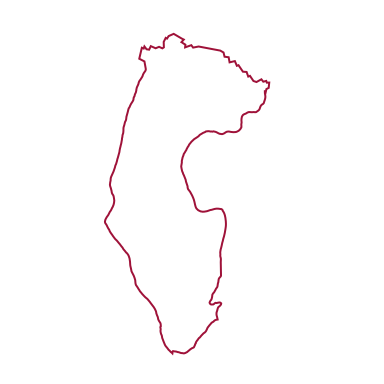 outline of IX-2 Rewa(Illiwa)/U.E, Upper Takutu-Upper Essequibo, Guyana, rotated 173°
{"feature_id": "73187651B68809145182680", "entity_name": "IX-2 Rewa(Illiwa)/U.E", "entity_type": "district", "adm_level": 2, "iso_a3": "GUY", "parent_name": "Guyana", "parent_adm1": "Upper Takutu-Upper Essequibo", "projection": "orthographic", "projection_center": [-58.667, 2.726], "detail": "fine", "context": "isolated", "style": "outline", "palette": "rose", "viewbox_px": 384, "rotation_deg": 173, "n_neighbors": 0, "source": "geoboundaries", "source_scale": "gbopen_adm2", "svg_char_len": 6013}
<svg xmlns="http://www.w3.org/2000/svg" viewBox="0 0 384 384"><g transform="rotate(173 192 192)"><path d="M182.1,62.3L182.3,64.6L182.6,66.6L182.6,67.6L182.4,69.1L181.9,70.3L181.4,71.3L181.1,72.2L180.4,73.8L179.7,74.7L178.9,75.1L178.2,75.6L177.5,76.2L176.9,76.9L176.6,77.9L177.3,78.7L178.1,79.0L179.2,79.0L180.2,78.9L181.2,78.8L182.1,79.1L183.0,78.8L183.8,78.2L184.7,77.8L186.7,78.0L187.4,78.5L187.9,79.3L188.0,80.2L187.5,81.1L186.8,82.0L186.0,82.7L185.5,83.6L184.8,85.5L184.6,86.4L184.3,87.6L183.8,88.3L183.2,89.0L182.4,89.6L180.5,92.2L180.0,93.0L178.6,94.5L178.2,95.3L177.4,98.2L176.9,99.2L176.4,101.3L176.0,102.5L175.4,103.3L173.8,104.7L173.4,105.5L172.0,118.9L171.5,121.9L171.5,123.0L171.7,124.4L171.7,125.4L171.5,126.3L171.3,128.8L170.6,131.3L169.7,133.5L169.0,135.4L168.5,136.9L168.0,138.3L167.5,139.4L166.6,141.9L165.7,143.9L164.4,147.5L163.3,151.2L162.7,153.4L162.4,154.9L162.2,156.3L162.0,158.9L162.0,162.4L162.1,163.5L162.2,164.8L162.6,166.8L163.0,168.0L163.8,169.7L164.0,170.6L164.8,171.4L167.8,172.2L169.9,172.5L171.8,172.4L174.9,171.9L175.9,171.9L179.0,171.2L179.9,171.1L182.0,171.0L183.8,171.1L184.7,171.4L185.8,171.7L186.9,172.4L188.1,173.2L189.6,175.1L189.9,175.9L190.2,176.9L190.5,179.0L190.7,181.1L190.8,182.1L191.1,184.2L191.6,186.2L192.3,188.5L193.8,192.3L194.8,194.1L195.4,195.0L195.7,196.0L195.8,197.3L195.7,198.2L196.7,203.1L196.8,204.9L198.0,209.5L198.6,211.2L198.7,212.1L199.1,213.3L199.3,214.3L199.5,216.5L199.6,218.5L199.4,219.4L198.5,222.4L198.4,223.5L198.2,224.5L197.8,225.5L197.1,227.5L196.0,229.5L195.6,230.6L194.1,232.4L193.4,233.4L192.7,234.1L192.2,235.1L191.6,235.9L190.9,237.0L190.1,237.8L188.9,239.6L188.2,240.2L186.5,241.9L183.4,244.2L180.7,245.5L178.8,246.5L178.1,247.1L177.4,247.7L176.6,248.1L175.6,248.5L173.9,249.3L171.7,249.9L170.8,250.4L169.6,250.4L168.5,250.4L167.5,250.2L166.4,249.8L165.4,249.7L164.3,249.4L163.4,249.6L161.2,248.8L160.2,248.2L158.5,247.0L157.5,246.4L156.6,246.2L155.8,245.9L154.6,245.8L152.6,246.4L151.8,246.9L150.9,247.3L149.9,247.6L148.9,247.6L147.9,247.5L146.7,247.1L145.7,246.8L143.4,246.3L141.4,246.2L140.4,246.3L138.7,246.9L137.9,247.3L136.4,248.5L135.8,249.3L135.2,250.0L135.0,250.9L134.8,253.2L134.5,254.2L134.3,255.0L134.2,257.1L133.9,258.8L133.3,260.6L132.6,261.6L131.9,262.3L131.1,262.7L130.2,263.0L129.2,263.2L127.5,264.0L126.2,264.4L125.0,264.3L123.9,264.1L122.9,263.9L120.8,263.8L119.7,263.5L118.6,263.5L116.5,264.6L115.5,265.3L114.9,266.0L113.6,268.6L112.8,269.6L111.8,270.3L110.7,270.8L110.0,271.4L109.5,272.5L108.5,274.6L108.1,275.6L107.8,276.4L107.6,277.4L107.5,278.3L107.6,281.3L107.5,282.3L107.4,283.2L107.1,283.2L106.8,281.8L105.6,285.1L103.2,286.0L102.0,291.2L104.4,291.4L104.8,293.2L107.8,292.8L109.4,295.4L114.6,293.3L117.5,294.7L120.3,300.2L122.1,299.7L123.2,304.5L126.8,305.2L130.4,312.2L132.1,311.8L133.5,316.7L138.9,316.1L139.2,321.3L143.2,322.3L143.7,326.6L146.7,328.9L167.7,335.6L173.3,335.2L174.8,337.8L181.2,336.4L180.6,339.0L184.2,342.0L181.6,344.3L183.3,345.4L190.9,351.2L196.2,349.6L198.1,347.3L199.3,348.2L201.8,344.4L202.3,339.0L203.9,338.2L207.0,340.1L210.6,339.1L215.1,341.8L217.2,338.5L219.7,339.2L221.5,342.3L222.5,340.3L224.2,341.3L228.1,330.7L223.3,327.4L222.9,320.3L222.9,319.4L223.2,318.5L223.7,317.7L225.1,316.2L225.7,315.4L226.3,314.5L227.1,312.8L227.7,312.0L229.7,309.6L230.4,308.9L231.0,308.1L231.5,307.2L232.0,305.8L232.5,304.9L234.0,302.5L234.7,300.6L234.9,299.6L235.6,297.7L236.8,295.8L237.4,294.1L238.1,293.2L238.5,292.4L238.8,291.1L239.1,290.3L239.7,289.4L240.5,288.4L241.7,287.0L242.9,285.2L243.8,283.6L244.6,282.8L245.0,281.9L245.4,280.9L245.8,279.8L246.6,277.8L247.9,274.7L248.4,272.6L248.7,271.6L249.2,270.7L249.8,269.9L250.2,269.0L251.0,266.8L252.0,264.6L252.3,263.4L252.6,261.1L253.1,258.9L253.5,258.0L254.0,257.0L254.2,256.1L254.5,254.9L254.9,253.9L255.2,252.4L255.5,251.5L256.1,249.5L256.4,248.6L257.2,246.6L257.5,245.7L258.1,244.2L258.4,243.3L258.7,242.4L259.2,240.5L259.6,239.5L261.5,234.9L262.0,233.9L262.7,231.9L264.0,228.9L264.8,227.7L265.5,225.8L267.4,221.9L270.3,217.1L270.9,215.8L271.2,214.6L271.3,213.7L271.6,212.7L272.0,211.6L272.3,210.3L272.6,209.1L272.5,207.8L272.3,206.7L272.1,205.8L271.7,202.8L271.7,201.8L271.6,200.8L271.4,200.0L270.5,198.2L270.3,197.1L270.2,195.0L270.2,192.9L270.7,190.8L271.4,188.9L272.5,186.9L273.2,186.0L274.2,184.4L274.9,183.4L275.8,182.5L276.3,181.8L277.8,179.5L279.9,177.2L280.5,176.3L281.3,175.2L282.0,173.3L282.0,172.2L281.7,171.3L281.1,170.3L280.7,169.3L280.3,168.1L279.5,165.9L278.9,164.9L278.4,163.0L278.0,162.1L277.2,160.5L276.7,159.7L275.7,157.7L274.1,154.9L273.4,154.0L272.8,153.3L272.1,152.3L270.8,150.2L270.1,149.2L268.5,146.4L267.8,145.4L267.0,143.5L265.9,141.9L264.7,139.9L263.8,138.9L262.9,137.1L262.6,136.2L262.4,135.2L262.1,133.7L262.0,130.6L262.2,127.2L262.2,126.2L261.9,123.4L261.8,122.0L261.7,120.6L260.0,115.9L259.5,113.8L259.1,111.5L259.2,109.1L259.2,108.0L259.0,106.6L257.5,103.7L257.1,102.7L256.1,100.7L255.8,99.9L254.6,98.1L253.9,96.9L253.3,96.1L252.6,95.1L251.4,93.5L250.5,92.5L249.9,91.9L249.2,91.1L248.7,90.3L247.2,88.0L246.8,87.2L244.0,82.4L243.1,80.4L242.4,78.3L242.2,77.2L242.2,76.0L241.8,74.1L241.2,72.1L241.0,69.6L240.4,67.9L239.4,65.9L239.2,64.8L239.3,62.5L239.9,61.8L239.8,59.7L240.0,58.8L240.2,58.0L240.2,56.7L240.1,55.6L239.9,54.5L239.6,53.7L239.4,52.6L239.4,51.4L239.3,50.5L239.0,49.4L238.7,48.2L238.5,47.3L238.2,46.2L237.6,44.0L237.3,43.1L236.8,42.1L235.5,40.1L234.5,38.3L233.7,37.4L232.5,35.7L231.7,35.0L231.1,34.2L231.0,34.5L231.0,35.4L230.8,35.9L230.2,36.4L229.1,36.0L227.7,35.7L226.8,35.4L225.8,34.9L224.7,34.6L223.7,34.1L222.5,33.5L221.7,33.4L219.7,32.8L218.4,33.0L216.4,33.7L215.5,34.3L214.6,34.9L213.8,35.4L213.1,35.9L211.2,36.9L210.1,37.2L209.1,37.6L207.8,39.6L207.4,40.6L206.7,41.3L206.5,42.2L205.1,43.9L204.2,44.7L203.6,45.5L202.7,46.3L201.9,46.7L200.4,48.2L197.7,50.4L196.6,50.9L195.7,51.6L195.0,52.3L193.9,54.0L193.5,54.7L193.0,55.5L192.4,56.1L190.9,57.6L190.1,58.3L188.5,59.8L187.5,60.3L186.5,60.7L185.7,61.4L184.8,61.9L183.7,62.2L182.1,62.3Z" fill="none" stroke="#9f1239" stroke-width="2"/></g></svg>